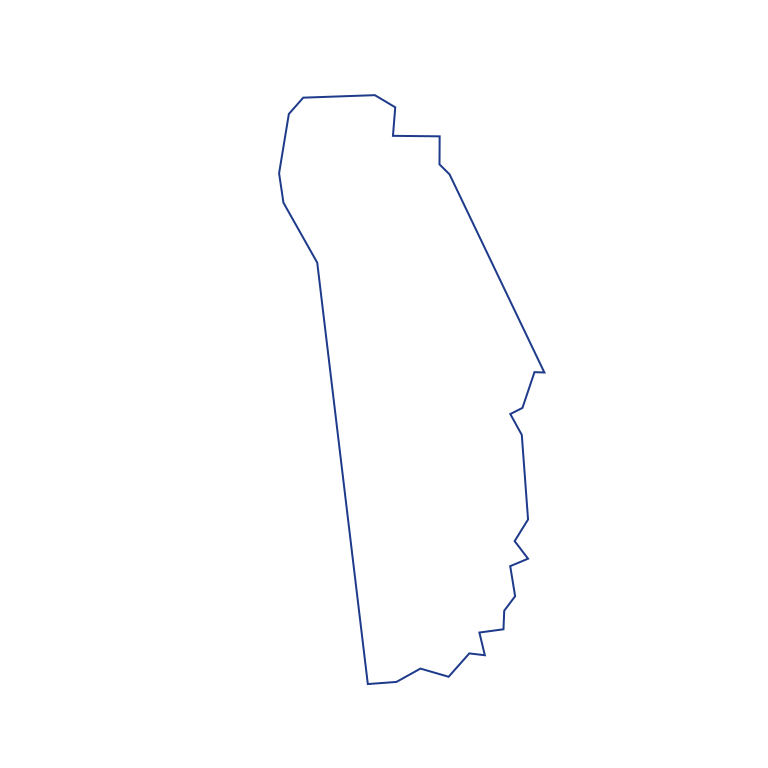 outline of Cumberland, Virginia, United States of America, rotated 323°
{"feature_id": "52423323B14304412427798", "entity_name": "Cumberland", "entity_type": "district", "adm_level": 2, "iso_a3": "USA", "parent_name": "United States of America", "parent_adm1": "Virginia", "projection": "orthographic", "projection_center": [-78.246, 37.525], "detail": "fine", "context": "isolated", "style": "outline", "palette": "blue", "viewbox_px": 768, "rotation_deg": 323, "n_neighbors": 0, "source": "geoboundaries", "source_scale": "gbopen_adm2", "svg_char_len": 538}
<svg xmlns="http://www.w3.org/2000/svg" viewBox="0 0 768 768"><g transform="rotate(323 384 384)"><path d="M190.5,613.9L214.6,629.4L241.8,633.2L259.4,656.7L290.0,650.5L301.3,661.3L310.6,639.9L331.8,651.8L343.6,637.4L361.0,632.4L375.2,605.4L393.9,610.2L393.8,588.1L417.5,578.9L463.4,507.6L466.8,484.0L480.2,486.4L511.3,465.1L519.0,471.3L562.5,256.1L560.5,242.0L577.5,219.7L540.5,191.2L559.5,169.8L550.5,147.8L491.8,106.7L470.5,111.1L427.0,152.6L412.8,178.7L403.7,246.9L190.5,613.9Z" fill="none" stroke="#1e3a8a" stroke-width="2"/></g></svg>